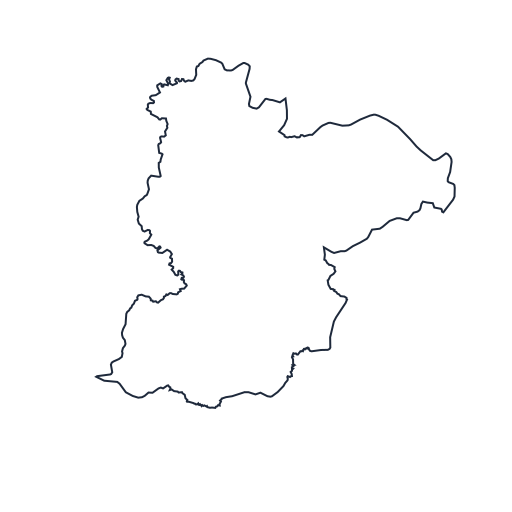 Mae Lao, Chiang Rai, Thailand, rotated 113°
{"feature_id": "78962969B15222639850860", "entity_name": "Mae Lao", "entity_type": "district", "adm_level": 2, "iso_a3": "THA", "parent_name": "Thailand", "parent_adm1": "Chiang Rai", "projection": "albers", "projection_center": [99.739, 19.779], "detail": "fine", "context": "isolated", "style": "outline", "palette": "slate", "viewbox_px": 512, "rotation_deg": 113, "n_neighbors": 0, "source": "geoboundaries", "source_scale": "gbopen_adm2", "svg_char_len": 6125}
<svg xmlns="http://www.w3.org/2000/svg" viewBox="0 0 512 512"><g transform="rotate(113 256 256)"><path d="M429.6,355.9L430.1,347.0L426.1,334.5L426.9,331.6L432.3,322.6L433.0,314.8L432.4,309.0L430.5,305.7L428.2,303.8L423.7,301.6L422.3,297.8L416.0,294.0L414.3,292.2L414.2,289.8L410.0,287.1L409.4,286.2L410.3,284.9L410.4,283.6L411.4,283.0L413.1,283.0L411.8,281.5L412.4,278.6L411.4,275.1L411.9,273.9L410.3,270.9L411.0,270.2L411.6,267.4L414.5,265.3L415.4,262.9L416.7,263.0L417.1,262.5L416.4,260.8L415.8,255.7L416.1,255.1L415.7,253.9L416.1,253.3L415.5,252.1L414.3,251.6L415.2,250.7L414.4,249.9L415.0,249.5L414.6,248.9L415.0,248.3L414.4,247.6L415.1,247.2L414.4,246.8L414.5,245.8L413.7,245.2L413.9,242.8L413.3,242.5L414.1,241.6L413.7,239.1L412.7,237.3L411.7,234.1L410.4,234.0L409.5,232.9L408.1,232.6L407.8,231.0L406.6,231.7L403.7,231.4L403.1,232.6L401.4,231.7L400.7,231.9L397.7,228.5L394.4,223.2L385.8,213.3L384.3,209.6L383.6,202.4L380.1,198.5L380.6,190.7L379.9,187.8L378.9,186.5L372.8,182.9L365.0,179.9L361.4,179.5L358.1,178.4L356.7,178.7L355.1,179.9L354.2,179.8L354.1,177.4L353.3,177.1L352.5,176.0L350.6,177.1L349.2,178.8L347.6,178.0L346.7,178.4L345.4,177.9L345.6,178.9L344.4,179.5L343.2,178.7L342.6,179.4L342.5,178.6L341.9,178.9L341.3,178.1L340.9,179.6L336.7,181.5L335.1,183.4L334.4,183.4L333.9,182.6L333.1,183.6L330.9,183.6L330.9,182.4L330.1,181.2L330.7,180.1L330.4,179.0L326.3,177.9L325.9,176.7L324.9,176.3L325.1,175.6L322.9,175.6L322.7,174.4L321.8,174.4L321.4,173.0L320.6,173.2L320.0,172.6L320.2,171.4L321.2,170.8L322.2,169.2L322.0,167.6L317.1,159.4L314.3,153.2L312.8,152.0L311.3,151.8L301.8,156.0L285.9,158.7L281.0,158.3L264.3,155.2L260.5,155.2L260.4,155.8L259.2,156.3L258.8,158.8L259.9,162.5L258.8,164.8L258.9,166.3L257.8,168.0L257.6,170.4L256.5,170.6L256.8,171.7L256.4,172.1L257.1,174.4L254.2,178.1L250.4,180.5L249.8,180.0L245.2,179.7L242.1,177.6L239.1,176.9L237.3,178.9L235.5,179.2L235.0,183.4L235.6,185.3L235.0,186.2L234.8,187.5L232.8,190.1L232.7,191.7L227.9,193.1L221.5,196.9L222.7,188.2L222.7,185.3L218.5,179.9L216.9,176.2L215.7,174.9L209.1,170.7L203.1,165.5L196.8,160.7L194.7,160.1L186.4,159.5L182.5,152.7L179.6,150.8L171.5,146.7L166.3,141.2L165.0,138.2L164.1,131.2L163.3,130.0L154.6,127.9L152.0,124.6L149.9,123.4L147.8,123.3L143.5,124.1L140.7,123.6L139.9,119.2L138.3,113.9L141.7,110.8L140.3,104.2L140.6,103.3L142.5,102.0L142.6,100.6L127.2,96.6L123.7,96.5L115.6,99.7L113.2,101.1L112.6,102.6L112.8,107.3L112.4,108.6L111.9,108.9L109.4,109.8L102.9,110.1L93.0,112.7L90.6,114.0L88.9,115.9L87.3,119.3L87.3,121.3L94.9,125.8L97.7,128.3L98.6,130.3L94.4,145.8L92.5,151.0L88.2,159.8L81.5,175.8L79.4,188.7L79.0,197.9L79.3,201.3L79.8,202.7L82.2,205.9L89.7,213.4L97.9,219.9L99.5,221.7L102.3,227.4L104.3,239.6L105.2,241.3L109.9,245.7L112.2,247.1L122.5,251.6L123.5,254.1L127.0,258.4L126.6,260.4L127.2,261.9L129.2,262.1L130.0,262.8L130.3,264.0L130.9,264.5L130.7,267.3L132.8,270.0L133.1,271.5L134.5,273.0L134.8,274.4L134.7,276.4L133.6,277.0L132.4,283.5L124.6,281.2L117.6,281.1L109.8,284.5L99.5,290.4L105.2,294.0L106.0,301.7L106.8,304.3L107.2,307.7L107.8,308.7L118.0,311.4L120.1,313.0L120.9,317.0L120.6,320.7L118.8,321.9L111.6,323.3L101.2,332.7L100.2,333.1L86.3,335.0L83.8,335.9L82.9,338.0L82.8,341.9L83.3,343.1L87.6,346.4L93.9,350.2L95.0,351.5L96.5,355.3L96.4,357.8L92.2,362.1L91.6,363.6L91.4,369.4L92.2,374.8L93.1,377.4L96.6,380.7L98.4,381.1L101.1,383.0L103.7,383.3L104.7,384.5L107.6,384.2L112.6,381.8L117.1,381.7L118.9,382.3L120.1,383.9L120.8,386.9L123.2,389.2L122.7,390.9L121.6,391.9L122.0,393.3L124.2,393.3L125.2,394.6L124.8,395.7L123.4,396.4L123.7,398.4L125.0,399.1L126.1,398.9L127.3,396.5L127.9,396.3L131.3,399.6L130.8,403.1L129.0,403.4L127.5,405.0L125.6,405.1L125.7,406.0L126.5,406.8L129.2,407.2L131.8,404.1L133.3,403.9L133.9,407.6L134.5,407.9L136.2,407.5L136.9,408.5L136.4,409.5L134.6,410.0L134.5,411.5L137.5,413.6L138.9,413.0L143.0,408.3L147.1,411.1L149.2,414.6L150.7,415.5L151.5,415.5L152.4,414.8L153.0,413.4L153.2,410.6L154.5,409.9L155.4,410.3L156.7,413.4L157.9,414.6L159.0,414.7L161.5,413.4L163.4,414.1L164.0,413.1L164.2,409.3L166.3,408.2L166.8,400.9L168.1,398.4L167.8,397.4L166.0,396.5L164.6,392.6L166.6,391.4L169.1,388.9L171.1,388.8L172.6,387.7L176.9,388.4L180.2,386.2L182.0,387.2L182.8,389.6L183.6,390.5L184.7,390.5L188.3,387.8L189.6,388.1L190.9,389.3L192.2,389.3L198.9,385.4L198.6,382.7L198.9,381.8L204.5,381.4L206.6,380.8L208.3,381.9L212.6,380.0L219.6,375.0L220.6,375.5L221.2,376.8L223.0,383.9L226.5,385.2L229.0,385.1L231.0,384.4L236.4,380.6L241.2,380.3L242.6,380.4L244.5,381.8L247.3,382.6L250.8,384.9L255.2,385.3L257.4,384.8L261.8,382.5L265.7,379.4L268.8,379.1L271.9,376.5L273.2,372.9L275.8,371.5L277.0,370.1L277.0,368.1L274.3,365.8L273.9,364.2L274.3,363.4L276.4,362.6L277.3,360.7L282.6,361.3L284.4,362.2L286.2,363.9L287.0,364.1L287.8,363.6L288.4,360.0L286.8,356.7L286.7,354.1L287.8,351.8L287.8,350.3L287.2,349.6L284.9,348.7L284.8,347.9L285.6,347.1L289.4,348.9L290.8,347.8L290.9,346.9L289.8,343.4L285.0,340.3L285.4,336.7L287.1,334.2L290.7,334.6L291.3,334.0L291.3,332.3L294.0,331.0L295.7,331.4L296.6,332.7L298.0,332.6L298.3,328.0L299.5,327.5L301.5,328.3L302.8,325.4L304.8,322.9L304.7,320.9L303.5,320.2L300.6,321.6L299.6,321.2L299.4,320.2L300.2,319.0L299.9,317.3L300.4,317.0L302.1,317.5L302.3,315.3L303.3,314.2L304.4,314.4L305.1,315.8L306.6,315.7L306.8,315.1L306.2,313.2L306.8,312.6L308.1,312.3L309.1,311.1L309.3,309.2L310.3,308.2L314.1,309.4L315.2,311.7L316.3,313.0L317.7,311.6L319.9,313.5L321.2,313.2L322.3,314.0L323.5,317.8L323.4,319.8L324.0,320.9L326.4,322.1L326.4,323.5L328.3,323.7L329.4,324.9L330.6,324.4L332.2,324.7L333.7,326.2L337.2,327.9L337.4,329.1L336.8,330.5L338.2,332.7L338.2,333.2L337.5,333.8L337.9,335.5L336.4,336.3L335.3,338.7L336.3,341.8L336.3,346.1L338.2,348.9L340.4,349.2L341.9,348.2L342.7,348.2L344.5,349.9L347.6,349.8L349.8,350.7L352.3,350.6L353.4,351.4L355.5,351.5L357.8,352.7L359.9,352.8L369.8,349.4L375.2,349.8L379.1,349.4L381.2,348.3L383.2,346.6L384.7,343.9L387.9,341.8L389.7,341.7L392.8,342.5L396.2,342.0L397.6,340.9L401.3,340.1L404.4,341.9L408.8,346.0L410.5,347.1L412.7,347.1L419.2,342.9L421.2,343.2L422.0,343.9L428.7,355.3L429.6,355.9Z" fill="none" stroke="#1e293b" stroke-width="2"/></g></svg>